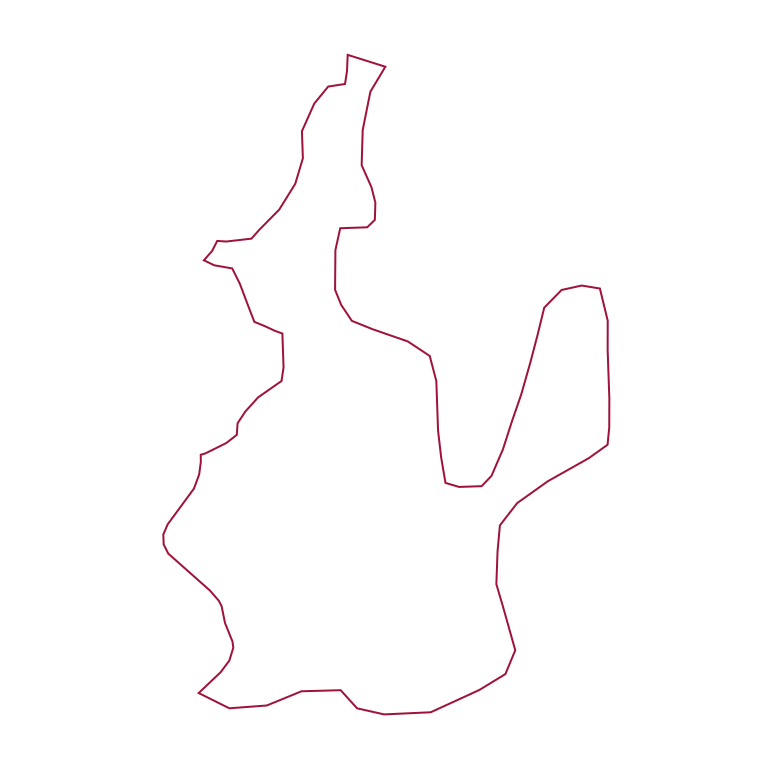 outline of Doboj, rotated 268°
{"feature_id": "BIH-4801", "entity_name": "Doboj", "entity_type": "state/province", "adm_level": 1, "iso_a3": "BIH", "parent_name": "Bosnia and Herzegovina", "parent_adm1": "", "projection": "robinson", "projection_center": [18.222, 44.862], "detail": "fine", "context": "isolated", "style": "outline", "palette": "rose", "viewbox_px": 768, "rotation_deg": 268, "n_neighbors": 0, "source": "natural_earth", "source_scale": "10m", "svg_char_len": 1427}
<svg xmlns="http://www.w3.org/2000/svg" viewBox="0 0 768 768"><g transform="rotate(268 384 384)"><path d="M81.6,188.0L101.6,210.6L113.0,219.8L125.7,224.2L131.9,223.6L150.6,216.8L167.8,213.9L173.2,211.3L183.7,202.8L222.0,162.5L231.4,158.2L241.3,158.2L251.3,162.9L286.1,190.4L300.0,196.1L312.3,198.2L319.7,198.4L319.8,198.7L320.8,202.9L330.5,224.3L338.3,235.1L349.9,236.3L361.5,244.6L375.1,257.8L390.6,281.7L404.1,284.2L424.5,284.2L438.0,284.2L440.9,276.9L445.8,267.3L450.6,256.6L468.0,250.6L489.3,243.4L504.8,236.3L508.6,218.4L513.9,208.3L522.9,216.8L532.8,222.3L531.9,231.5L533.9,256.6L542.6,264.9L562.0,285.4L587.2,302.3L612.4,310.8L639.5,310.8L666.7,324.1L683.2,338.6L685.2,355.5L697.7,357.9L714.2,359.2L701.0,396.4L676.6,380.6L638.7,371.6L603.5,369.3L580.9,378.4L565.6,381.7L548.4,380.6L541.2,372.7L541.2,363.7L541.2,345.7L519.5,340.1L479.8,338.4L464.5,344.0L448.2,354.1L439.2,374.4L425.7,409.3L410.4,430.7L385.1,436.4L335.4,436.4L308.3,438.6L283.0,442.0L278.5,455.5L278.5,478.0L288.4,488.2L314.6,500.6L342.6,510.7L368.8,520.8L400.4,531.0L426.7,538.9L454.7,546.8L471.8,564.8L475.5,585.1L471.9,603.1L439.4,609.8L410.4,608.7L361.6,608.7L332.7,607.6L315.5,605.3L302.8,586.2L281.2,544.5L260.4,513.0L238.7,494.9L212.5,491.6L180.0,489.3L158.3,494.9L113.3,505.9L89.9,495.2L74.9,468.6L54.3,419.2L53.8,372.6L60.8,345.8L79.5,330.0L79.8,290.8L66.8,255.6L65.3,218.1L81.6,188.0Z" fill="none" stroke="#9f1239" stroke-width="2"/></g></svg>